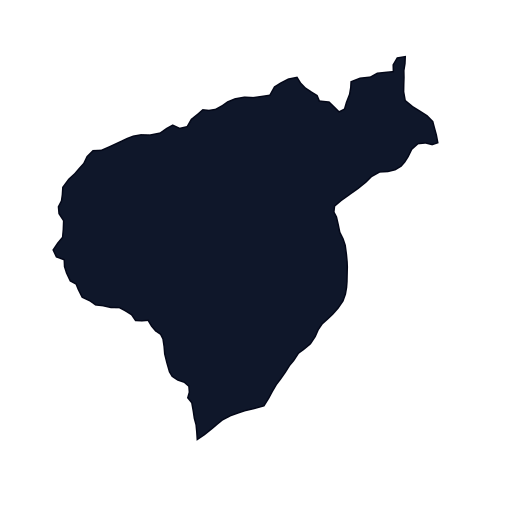 outline of Aguanil, Minas Gerais, Brazil, rotated 260°
{"feature_id": "56859067B60511800598000", "entity_name": "Aguanil", "entity_type": "district", "adm_level": 2, "iso_a3": "BRA", "parent_name": "Brazil", "parent_adm1": "Minas Gerais", "projection": "natural_earth1", "projection_center": [-45.42, -20.982], "detail": "fine", "context": "isolated", "style": "filled", "palette": "ink", "viewbox_px": 512, "rotation_deg": 260, "n_neighbors": 0, "source": "geoboundaries", "source_scale": "gbopen_adm2", "svg_char_len": 2206}
<svg xmlns="http://www.w3.org/2000/svg" viewBox="0 0 512 512"><g transform="rotate(260 256 256)"><path d="M426.5,429.5L420.4,424.3L413.7,423.3L414.3,415.8L414.9,407.2L412.3,399.7L413.0,389.4L411.1,379.9L405.5,378.6L399.0,376.3L391.6,371.8L385.3,368.7L383.5,362.8L388.5,359.3L394.9,354.7L397.6,345.3L403.4,344.0L408.0,338.8L413.0,333.6L418.5,329.9L424.8,327.4L424.6,318.6L422.0,310.3L419.3,303.6L411.9,297.6L412.1,289.5L412.4,280.9L414.4,272.2L414.4,262.7L412.7,254.9L409.9,249.0L407.4,241.7L407.5,234.9L409.2,229.0L406.0,223.8L401.8,216.1L395.3,210.7L394.9,203.0L399.3,196.7L397.1,190.2L393.7,183.0L393.5,172.6L395.3,163.8L395.3,156.0L394.1,149.7L391.8,141.3L389.0,130.8L386.9,122.1L388.0,113.8L383.3,107.0L377.0,102.5L372.9,97.2L368.5,91.9L364.1,85.0L357.2,77.7L349.8,75.9L344.0,74.0L338.8,70.0L331.9,69.4L324.2,72.7L315.4,70.8L308.0,68.8L303.3,63.2L297.2,57.3L289.8,59.3L285.6,66.5L278.8,65.6L272.2,66.5L263.7,68.8L259.6,74.0L254.0,75.2L245.6,77.7L240.6,84.8L235.7,89.6L233.7,96.5L230.5,104.1L228.9,112.5L225.0,117.5L219.8,123.3L213.4,126.2L212.0,132.4L211.4,138.6L205.1,141.0L199.6,144.2L195.5,148.5L190.5,150.0L182.9,149.8L175.4,149.1L166.4,149.7L157.0,150.7L152.0,152.6L147.4,157.5L144.1,163.5L139.4,167.3L133.4,166.7L128.2,164.2L122.6,167.3L113.8,167.3L106.9,167.1L100.1,167.7L92.7,167.1L85.5,166.3L89.2,174.5L94.1,183.4L97.4,189.0L100.4,194.4L103.2,203.2L104.6,211.5L105.6,218.2L106.1,227.4L107.1,237.8L113.8,243.8L119.9,248.6L126.0,253.8L130.6,258.8L136.4,264.6L142.5,270.1L146.4,274.8L152.9,280.9L156.2,287.5L160.1,294.3L166.4,300.3L172.7,304.5L177.7,309.4L181.5,315.5L185.4,321.4L190.3,327.6L196.6,333.8L202.9,337.4L209.3,339.7L214.8,341.1L221.4,342.4L229.3,344.0L234.5,344.7L241.7,345.3L251.0,345.7L257.7,344.7L264.8,342.6L272.5,342.4L280.5,342.0L285.7,340.3L291.5,342.0L295.9,349.5L300.9,359.9L304.9,368.4L309.8,377.2L314.2,383.5L317.3,392.4L316.3,400.5L316.8,408.0L319.3,414.5L322.8,418.8L327.4,423.0L334.1,427.9L338.5,435.0L337.9,442.6L335.1,448.8L336.0,454.7L344.0,454.6L351.6,453.9L357.7,453.4L364.4,448.8L370.1,442.6L375.9,436.1L383.2,429.9L392.1,429.9L399.8,431.4L406.0,432.7L413.0,433.8L419.6,436.1L426.4,437.6L426.5,429.5Z" fill="#0f172a" stroke="#020617" stroke-width="1.5"/></g></svg>